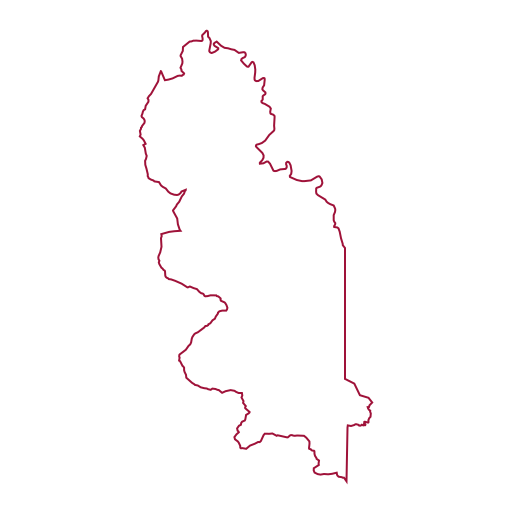 outline of Huong Hoa, Quảng Trị, Vietnam, rotated 180°
{"feature_id": "81297802B55643895945103", "entity_name": "Huong Hoa", "entity_type": "district", "adm_level": 2, "iso_a3": "VNM", "parent_name": "Vietnam", "parent_adm1": "Quảng Trị", "projection": "mercator", "projection_center": [106.685, 16.705], "detail": "fine", "context": "isolated", "style": "outline", "palette": "rose", "viewbox_px": 512, "rotation_deg": 180, "n_neighbors": 0, "source": "geoboundaries", "source_scale": "gbopen_adm2", "svg_char_len": 6048}
<svg xmlns="http://www.w3.org/2000/svg" viewBox="0 0 512 512"><g transform="rotate(180 256 256)"><path d="M332.8,155.2L332.4,154.4L332.9,151.4L331.9,150.8L329.5,146.1L328.7,145.5L327.9,144.3L327.9,141.8L327.4,140.0L326.0,137.2L325.7,134.3L320.0,129.2L317.6,127.7L317.1,127.1L314.2,126.5L311.3,124.7L307.8,123.8L305.2,123.5L303.9,122.8L301.3,122.2L299.6,123.4L296.5,123.0L294.4,122.1L293.3,122.0L289.9,119.2L286.4,120.8L281.4,121.9L277.5,121.2L275.9,120.1L273.4,119.0L270.1,119.0L269.7,116.5L270.5,114.5L268.5,110.9L268.9,109.1L266.2,105.9L266.7,105.1L266.9,104.1L266.6,103.6L262.4,100.0L262.5,99.5L263.4,98.6L265.9,97.1L266.7,92.6L267.2,91.5L269.9,90.3L270.8,89.0L271.1,87.2L273.0,86.3L274.9,83.6L274.4,81.3L273.5,80.5L273.2,79.7L275.5,77.7L277.6,74.9L277.0,72.7L274.1,70.5L273.2,69.2L271.8,66.2L271.7,64.3L271.0,63.7L269.7,63.9L265.8,63.2L262.0,66.4L257.1,68.3L253.9,70.0L252.3,69.9L251.1,71.0L248.4,76.9L247.2,78.3L242.7,78.2L239.6,78.5L235.3,76.2L234.5,76.7L233.8,76.6L224.8,74.6L224.1,74.7L221.9,76.6L221.0,76.9L220.1,76.9L218.8,76.4L217.2,76.2L214.8,76.5L208.0,76.2L205.7,74.3L202.6,70.6L202.5,68.3L203.0,63.8L202.7,63.1L201.3,62.8L200.5,61.8L199.9,61.5L197.9,61.2L197.6,60.8L197.5,58.1L197.0,56.2L195.6,54.0L195.4,53.1L193.0,51.5L193.4,48.5L193.2,47.0L198.2,43.8L198.3,41.6L197.4,39.4L194.3,37.9L191.5,37.4L188.0,38.0L183.8,37.7L179.9,38.2L175.3,39.3L175.0,37.4L174.6,36.5L173.4,35.3L170.1,34.8L169.4,34.3L168.0,34.3L165.5,30.7L164.5,84.4L164.2,86.6L161.0,86.0L157.7,87.0L156.7,87.7L155.9,87.8L153.6,87.2L153.2,86.6L152.6,86.6L152.2,86.3L151.3,86.4L150.2,87.3L148.8,86.6L148.3,87.0L148.1,87.7L147.7,86.9L147.1,86.7L146.8,86.8L146.6,87.6L147.8,89.2L147.7,90.1L147.2,90.3L144.4,89.5L143.7,89.5L143.5,89.8L143.6,91.8L142.8,93.8L141.5,95.2L141.2,98.5L141.9,100.4L141.8,101.4L142.9,102.1L143.9,103.5L144.3,104.9L143.0,105.0L142.5,106.7L139.8,109.5L143.5,114.2L152.1,116.8L157.7,128.4L167.0,133.1L167.0,264.0L169.2,266.8L169.3,268.2L171.0,273.8L172.3,280.3L173.5,283.6L174.6,284.5L177.8,285.0L177.9,285.8L176.9,287.5L176.7,288.8L177.8,290.4L178.3,291.8L178.3,296.9L177.0,300.0L176.7,302.0L176.9,303.4L178.3,306.5L181.9,307.9L184.0,309.1L185.4,310.3L186.7,312.4L194.1,316.9L195.6,318.4L195.9,320.2L195.8,323.6L195.2,324.2L192.1,325.3L191.2,325.9L190.4,327.0L189.6,329.0L190.3,332.6L192.3,335.4L193.1,335.8L194.8,335.4L201.1,331.6L207.3,330.9L210.1,330.9L215.2,332.0L222.0,335.0L222.2,336.1L220.8,338.1L220.4,341.0L221.4,346.7L222.7,349.3L223.5,350.0L224.7,350.2L225.8,349.2L225.9,347.7L225.3,346.2L225.3,345.4L225.4,344.4L226.4,343.1L231.8,342.6L235.3,341.1L236.9,340.9L237.9,341.0L238.6,341.4L242.0,348.3L243.9,350.4L245.3,350.5L248.6,348.7L252.1,348.3L252.2,349.1L251.9,349.6L249.8,351.7L248.5,354.2L248.4,356.6L249.6,359.0L255.7,365.1L256.1,365.8L255.9,366.8L255.2,367.4L253.1,367.9L250.1,369.0L246.8,371.4L242.7,377.1L238.2,381.2L237.8,381.8L237.6,383.2L237.9,386.3L237.4,395.3L237.6,396.3L238.9,397.4L241.3,398.2L241.6,398.7L241.8,400.3L241.2,403.5L242.5,405.3L247.2,408.1L249.4,408.9L250.3,409.6L250.6,410.2L250.5,411.1L250.0,411.4L249.3,412.6L249.3,415.7L248.8,416.4L246.8,417.8L246.5,418.5L246.6,419.6L248.9,421.6L249.6,422.6L249.6,423.3L249.3,424.6L247.9,426.7L247.3,432.2L247.4,433.6L248.0,434.0L249.1,433.9L253.7,431.0L255.8,430.9L257.1,431.7L257.4,432.4L257.5,434.2L256.8,439.5L256.7,442.4L257.3,446.7L258.5,449.6L259.5,450.1L260.3,449.8L263.5,445.3L264.0,445.2L265.1,445.5L268.2,448.4L270.9,451.6L270.5,453.0L269.4,453.9L267.2,454.9L266.4,456.2L266.2,457.2L266.5,458.7L267.4,459.7L268.8,459.8L273.2,459.1L277.5,462.1L280.7,462.7L283.9,463.7L287.5,464.2L291.0,466.3L295.3,470.4L297.5,469.1L298.2,468.2L298.2,467.3L297.4,466.1L293.8,463.9L293.7,463.1L294.0,462.6L297.1,460.3L300.0,459.1L300.6,459.0L302.1,459.8L302.7,460.8L302.7,461.6L301.3,468.7L301.2,470.9L302.5,473.9L303.9,475.3L304.1,480.0L304.5,480.9L305.2,481.3L306.1,480.9L307.0,479.6L309.7,476.9L309.9,476.0L309.4,473.6L309.4,472.0L309.8,471.3L310.7,471.0L315.6,471.4L318.7,471.3L320.5,470.6L322.4,470.4L329.0,465.0L329.2,461.1L331.4,456.7L331.4,455.9L329.9,453.3L329.5,450.3L329.7,448.5L331.5,444.2L330.6,442.5L330.5,441.1L327.9,438.6L328.3,437.5L329.8,436.7L330.2,436.2L332.2,436.4L334.3,436.1L339.4,433.6L343.6,432.4L347.1,431.8L350.9,440.7L351.2,440.8L353.2,435.6L353.6,431.8L354.0,430.3L361.0,418.0L363.0,415.9L364.4,413.7L363.5,412.1L363.6,410.2L366.3,406.2L366.9,402.7L368.3,401.9L369.1,400.4L369.6,398.3L370.5,396.1L370.4,395.6L370.1,394.9L368.3,393.4L367.4,391.7L367.3,390.4L367.6,389.0L369.9,386.1L370.2,385.0L371.0,384.3L371.0,383.2L372.1,381.1L371.4,377.4L372.2,375.6L369.5,373.3L368.2,371.7L366.4,368.2L368.7,366.9L367.2,364.3L366.2,358.4L365.3,356.1L366.0,353.1L366.9,351.2L366.7,347.2L365.5,343.2L364.2,337.7L364.3,335.9L363.6,334.6L363.4,333.8L361.0,332.4L358.5,331.5L357.6,330.6L353.0,329.9L351.0,326.6L349.3,325.2L346.2,323.5L343.7,320.3L341.5,318.6L337.9,317.3L335.0,317.0L333.4,317.4L331.6,318.8L330.5,320.5L326.3,322.2L326.4,321.6L327.1,321.0L328.0,318.3L330.2,315.6L332.8,310.2L335.1,307.5L335.9,305.7L339.0,301.6L338.8,300.8L334.8,293.5L334.1,287.7L332.3,282.3L331.5,281.2L337.5,280.8L342.9,280.1L350.7,277.9L350.3,275.9L351.0,273.8L350.5,265.2L351.8,259.6L353.4,256.0L353.7,254.7L353.5,252.8L352.6,251.2L353.2,249.7L352.7,248.0L350.6,244.3L349.5,243.5L348.5,242.1L347.3,241.4L347.0,240.8L346.7,236.2L346.2,235.1L345.2,234.2L344.1,233.8L343.2,232.9L340.9,232.6L336.9,231.2L330.3,228.3L324.7,224.7L324.2,224.6L322.1,225.5L318.4,223.9L315.1,222.9L312.6,220.1L310.7,218.7L309.4,218.5L308.5,217.9L307.5,216.1L306.7,215.7L304.4,215.9L301.4,216.7L295.7,216.6L295.2,215.9L293.7,215.6L291.5,213.7L291.3,213.1L291.5,212.2L291.0,211.2L287.4,209.6L286.6,208.7L285.5,206.8L284.6,204.2L285.0,202.6L285.8,201.4L289.8,201.4L292.6,200.7L294.0,199.4L294.1,198.4L296.2,195.5L297.1,193.3L299.5,191.7L301.7,188.7L303.6,187.7L303.8,186.9L305.1,186.1L306.6,186.0L307.8,184.5L314.2,179.7L316.7,178.6L317.8,177.7L319.6,175.0L320.2,173.4L320.9,169.5L321.8,167.6L323.4,166.2L326.2,162.2L332.3,157.6L332.7,157.0L332.8,155.2Z" fill="none" stroke="#9f1239" stroke-width="2"/></g></svg>